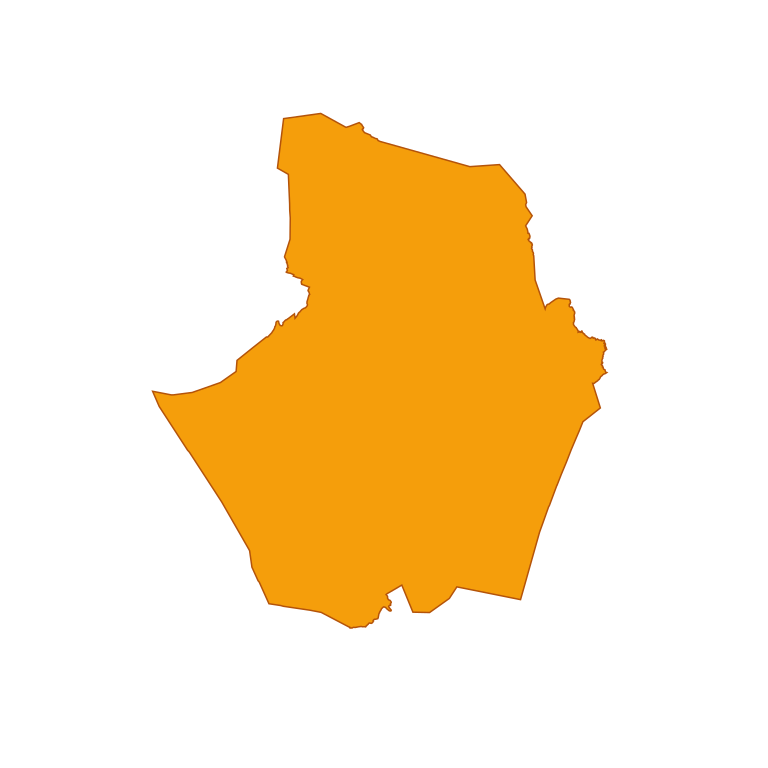 Oppdal nor, Sør-Trøndelag, Norway (orthographic projection), rotated 36°
{"feature_id": "86288312B17793327792400", "entity_name": "Oppdal nor", "entity_type": "district", "adm_level": 2, "iso_a3": "NOR", "parent_name": "Norway", "parent_adm1": "Sør-Trøndelag", "projection": "orthographic", "projection_center": [9.674, 62.536], "detail": "fine", "context": "isolated", "style": "filled", "palette": "amber", "viewbox_px": 768, "rotation_deg": 36, "n_neighbors": 0, "source": "geoboundaries", "source_scale": "gbopen_adm2", "svg_char_len": 6110}
<svg xmlns="http://www.w3.org/2000/svg" viewBox="0 0 768 768"><g transform="rotate(36 384 384)"><path d="M621.2,478.2L596.9,412.3L594.3,403.3L589.3,386.4L589.3,385.4L583.4,364.3L583.5,364.2L580.5,352.7L577.5,340.1L574.1,327.2L571.0,313.8L569.5,307.1L567.1,297.6L573.1,276.2L552.4,260.8L553.5,260.2L554.0,258.7L554.0,258.1L554.4,257.5L555.0,255.6L555.0,254.5L555.4,253.9L555.3,252.7L555.3,252.3L555.0,251.0L555.2,249.9L555.5,249.1L555.6,247.6L556.0,246.7L556.8,245.7L557.0,244.9L557.4,244.3L557.5,243.8L556.9,244.1L555.7,243.7L554.4,242.6L553.0,242.9L552.3,242.5L551.4,241.6L550.7,241.8L550.4,241.1L550.2,240.9L548.4,240.6L548.3,240.3L548.5,240.0L548.6,239.5L548.5,238.3L548.2,238.1L547.7,238.6L547.2,237.7L546.7,237.2L546.3,236.6L545.9,235.4L545.8,234.4L545.0,233.8L545.0,233.5L545.1,233.1L545.0,232.9L544.2,232.1L544.2,230.9L543.4,229.7L542.8,229.3L543.1,228.7L543.2,228.3L543.3,227.0L543.3,226.3L543.8,225.2L543.8,224.9L543.3,224.8L543.1,225.0L542.7,225.8L542.4,225.6L542.6,224.9L542.5,224.6L542.1,224.7L541.8,225.1L541.5,225.0L541.6,224.8L542.2,224.3L542.3,224.0L542.2,223.8L541.7,223.7L541.3,224.2L541.1,224.1L540.8,223.1L540.5,223.0L540.4,223.1L540.1,223.6L539.8,223.7L539.7,223.5L539.8,223.0L540.2,222.5L539.7,221.5L539.3,221.4L538.9,221.9L538.7,222.0L538.0,221.9L537.9,221.6L538.0,221.4L538.5,221.3L538.5,221.1L538.1,220.6L537.4,220.3L537.1,219.7L536.9,219.5L536.0,219.6L535.2,220.6L535.1,220.9L533.8,220.4L533.7,220.5L533.7,220.8L534.0,221.1L534.0,221.3L533.4,221.6L532.7,221.7L532.1,222.1L530.2,222.1L530.0,222.9L529.6,223.7L529.4,223.9L528.9,223.7L528.7,223.1L528.2,222.9L526.9,223.2L526.7,223.7L526.3,224.0L525.6,223.5L525.2,223.5L524.5,224.2L524.3,225.5L523.9,226.0L523.6,226.1L521.2,226.5L520.1,226.3L517.8,226.3L516.8,225.7L515.8,226.1L515.1,225.7L514.1,225.6L513.1,224.8L512.8,224.9L512.7,225.3L513.0,226.0L513.1,226.3L512.9,226.5L512.4,226.9L511.6,226.7L510.7,227.9L510.5,227.3L510.7,227.1L510.9,226.7L509.4,227.0L508.8,226.4L507.5,225.9L506.9,225.8L506.4,225.4L505.2,225.5L503.2,224.9L502.1,224.3L501.7,223.6L501.1,222.9L501.2,222.0L500.7,221.0L500.5,220.4L500.2,220.0L500.2,219.6L500.0,219.3L499.2,219.0L499.1,218.8L499.0,218.3L498.5,218.0L498.5,217.8L498.1,217.4L497.7,217.2L497.4,216.6L497.3,216.2L497.0,215.7L496.8,215.1L496.7,215.0L496.7,214.6L496.0,214.0L496.0,213.7L494.1,212.9L493.8,213.0L493.6,212.5L492.1,211.8L491.7,211.5L490.6,211.3L490.1,212.1L489.8,212.1L489.4,212.3L488.3,212.3L487.4,211.2L487.2,210.8L487.1,210.7L487.2,210.4L487.1,210.2L487.3,209.9L487.2,209.7L487.4,209.6L487.1,209.3L487.1,209.1L487.1,208.9L487.0,208.7L486.9,208.2L486.1,207.8L485.9,207.3L485.3,207.1L484.9,206.7L484.1,206.6L474.6,212.0L473.1,214.3L471.0,220.3L470.6,222.2L469.8,223.0L469.3,224.1L469.6,226.9L470.2,228.5L445.1,211.0L429.8,192.3L428.8,191.7L428.0,190.3L426.7,189.6L426.3,189.6L425.2,188.2L423.9,187.8L423.9,187.5L423.5,187.2L423.4,186.8L423.3,186.7L423.3,186.2L422.7,186.0L422.4,185.1L422.4,184.5L422.1,184.1L421.5,184.0L421.2,183.5L421.1,183.3L420.3,183.1L420.0,183.4L419.6,183.1L419.0,183.2L418.2,183.0L417.0,183.0L416.7,182.9L416.0,182.4L415.7,182.4L415.6,182.0L415.8,181.6L415.6,181.0L415.8,180.8L416.2,180.9L416.2,180.5L415.5,179.0L414.7,178.2L412.7,176.9L411.8,177.4L410.7,176.1L408.7,174.4L405.6,172.8L405.0,160.8L394.7,157.1L393.2,155.6L392.9,154.5L392.7,153.4L386.5,147.5L348.5,138.6L325.7,157.7L238.2,190.1L236.0,190.5L234.7,189.8L234.2,189.7L232.8,190.4L229.9,190.9L229.4,191.0L229.2,191.3L228.3,191.3L226.6,190.6L220.5,192.1L217.7,191.3L216.8,190.8L216.7,190.3L217.2,189.8L216.9,188.6L214.1,187.6L213.3,187.1L212.5,187.2L210.3,187.1L204.6,195.8L202.4,198.7L173.8,202.3L146.8,228.3L170.9,272.0L183.4,270.6L201.9,293.9L205.4,298.6L210.6,304.8L222.9,322.1L228.7,339.5L229.0,339.8L232.3,341.4L233.0,342.1L233.9,342.4L233.8,343.1L234.3,343.3L234.7,343.3L235.7,344.3L236.4,344.5L236.5,345.2L236.6,345.3L238.1,346.2L237.4,347.6L239.1,348.9L239.0,349.3L239.3,350.0L239.1,350.9L239.9,350.9L242.2,350.0L242.9,349.5L246.8,348.6L247.2,350.0L248.5,349.5L249.8,349.3L251.8,348.7L254.0,347.7L256.1,347.4L256.8,347.4L256.7,347.6L256.8,348.9L256.7,349.2L256.9,349.9L258.0,351.1L258.7,351.3L258.7,351.6L258.9,351.7L266.8,349.5L267.3,352.1L267.7,353.2L269.1,353.7L271.2,355.2L271.0,355.6L271.0,355.9L271.2,356.2L271.1,356.4L271.2,356.9L271.6,357.5L271.6,358.0L272.3,359.6L273.3,362.6L274.3,364.1L275.4,364.7L275.8,365.5L275.9,366.5L275.8,367.9L275.6,368.7L275.0,369.4L274.4,370.5L274.3,371.1L273.8,372.0L273.6,373.9L273.5,375.4L273.3,375.8L273.3,376.4L273.1,376.8L273.4,378.3L273.6,379.8L273.4,383.1L270.3,379.9L268.1,387.3L267.7,388.2L267.6,389.0L266.8,390.1L266.6,391.2L266.5,392.3L266.5,392.9L266.2,393.6L267.0,394.6L267.4,396.1L267.4,396.6L267.0,397.1L266.1,397.5L265.0,397.5L263.4,396.7L261.8,395.2L261.2,395.4L260.6,396.0L260.4,396.7L260.4,397.5L261.4,399.2L262.1,401.1L262.0,401.8L262.4,402.7L262.6,403.0L263.0,405.7L262.9,406.4L263.1,408.8L263.0,409.1L262.3,414.4L261.2,415.1L256.4,432.2L251.2,451.3L257.0,460.8L250.8,479.0L233.8,503.6L220.1,516.5L218.4,517.8L201.1,525.9L215.3,534.3L264.0,553.0L266.5,553.5L322.0,574.8L372.1,597.3L373.3,597.9L384.8,609.8L397.8,617.2L399.5,617.6L420.1,629.4L430.5,624.0L433.2,623.0L456.9,610.6L467.4,605.7L498.2,601.2L499.2,600.9L499.4,601.3L499.8,601.4L500.1,601.3L500.8,600.6L501.3,600.4L501.6,600.2L502.1,599.1L502.7,598.5L503.7,598.0L506.4,595.1L507.0,594.6L507.8,593.8L508.4,593.4L509.2,593.1L511.2,591.6L511.9,591.3L511.8,590.2L512.0,590.0L512.0,589.4L512.4,587.6L512.3,586.7L512.7,585.9L514.3,585.2L514.9,584.2L515.0,583.1L514.7,582.4L514.8,581.9L514.2,581.7L514.3,580.6L514.5,580.0L515.5,579.2L516.9,577.5L516.7,576.5L515.0,573.0L514.8,572.3L514.9,571.7L514.5,570.9L514.4,568.4L514.1,567.5L514.4,565.4L514.8,564.4L516.7,563.8L518.0,564.2L521.3,564.4L522.4,564.1L523.0,563.4L522.8,562.7L520.2,562.0L518.6,561.4L518.4,560.5L518.9,559.6L519.4,559.3L519.4,559.0L519.3,558.8L519.0,558.5L518.6,558.5L518.3,557.8L518.4,556.7L517.7,556.0L516.1,555.5L514.4,555.9L512.6,555.1L512.2,554.2L511.4,553.6L509.4,553.1L509.7,551.9L516.6,536.2L541.5,551.6L555.2,542.1L562.9,519.1L562.2,505.3L621.2,478.2Z" fill="#f59e0b" stroke="#b45309" stroke-width="1.5"/></g></svg>